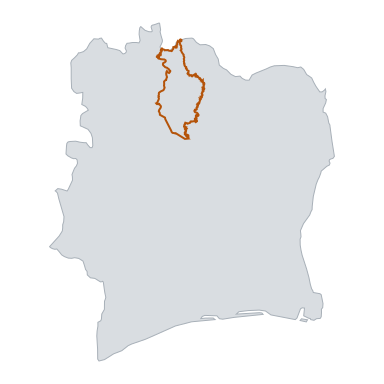 Poro, Savanes, Ivory Coast (highlighted)
{"feature_id": "98640826B2900878653745", "entity_name": "Poro", "entity_type": "district", "adm_level": 2, "iso_a3": "CIV", "parent_name": "Ivory Coast", "parent_adm1": "Savanes", "projection": "robinson", "projection_center": [-5.804, 9.476], "detail": "fine", "context": "in_parent", "style": "outline", "palette": "amber", "viewbox_px": 384, "rotation_deg": 0, "n_neighbors": 0, "source": "geoboundaries", "source_scale": "gbopen_adm2", "svg_char_len": 9002}
<svg xmlns="http://www.w3.org/2000/svg" viewBox="0 0 384 384"><path d="M78.5,52.8L79.9,52.8L83.5,51.6L86.7,48.9L89.8,43.3L93.9,38.8L98.5,39.1L99.9,38.3L101.5,38.1L103.4,41.1L105.4,43.3L106.7,43.4L107.8,47.7L116.2,49.5L119.8,50.6L122.8,53.8L123.9,53.8L125.2,53.2L126.2,52.1L126.4,50.9L125.1,48.1L125.6,45.6L127.0,43.3L129.2,43.1L132.4,42.5L136.2,42.5L139.0,42.9L140.1,40.6L139.1,34.3L139.3,30.8L139.8,27.8L140.8,26.6L145.0,30.3L148.8,31.7L151.5,31.8L152.3,31.1L151.1,27.0L151.5,25.8L152.5,25.1L154.3,24.7L159.1,23.0L159.6,23.4L160.6,29.8L160.1,31.8L161.2,36.2L162.4,40.2L162.3,41.8L161.3,44.3L160.1,46.6L160.2,47.6L162.1,49.1L165.8,50.7L169.7,51.1L171.8,48.8L174.1,46.8L175.6,45.1L176.1,42.6L178.6,40.8L185.5,38.5L192.0,38.1L193.5,38.8L196.4,42.4L200.1,44.8L205.7,44.5L209.7,45.9L213.3,48.6L215.6,54.6L218.2,59.0L219.3,65.1L223.4,68.4L226.6,69.9L230.9,74.3L235.4,76.6L240.0,76.1L242.2,78.4L245.6,80.1L249.1,80.2L252.1,75.0L256.1,73.0L266.3,68.9L270.3,67.0L274.3,65.8L284.1,65.4L293.2,66.7L297.7,67.7L300.8,67.0L303.7,69.4L306.7,74.6L309.2,76.2L311.7,78.0L313.6,82.1L315.8,86.1L317.0,87.9L319.8,91.9L322.1,91.9L324.4,90.2L325.4,88.9L325.9,91.6L325.0,95.8L325.1,98.5L326.4,99.5L325.7,102.9L323.1,108.6L323.1,112.1L325.7,113.1L327.6,116.8L328.8,123.0L329.9,125.0L330.0,126.3L332.0,141.3L334.4,156.4L332.9,158.4L330.8,159.0L329.5,159.7L329.1,161.1L330.0,163.1L329.4,165.0L326.8,166.3L321.2,171.1L320.8,173.0L319.3,177.1L318.0,179.6L316.2,184.2L313.3,196.4L312.2,206.5L312.1,209.6L310.9,211.8L309.7,215.0L303.5,223.6L300.4,230.7L300.8,233.8L301.0,236.9L300.1,239.1L300.2,245.1L301.0,250.1L302.1,255.1L306.6,269.0L308.9,277.4L310.3,284.3L311.6,288.8L312.8,290.7L313.3,292.5L319.9,293.7L321.2,294.7L323.0,303.6L322.7,307.6L321.4,309.2L321.5,312.6L321.2,316.8L320.2,318.4L316.5,318.7L314.0,320.3L310.7,319.6L310.4,318.6L308.6,318.2L303.7,315.8L304.5,308.1L302.2,307.8L300.5,308.8L297.0,318.0L295.3,319.6L270.9,314.9L265.5,311.0L259.2,310.1L248.1,310.6L238.9,311.7L236.3,314.1L259.4,312.7L261.9,313.0L263.1,314.4L233.9,317.4L222.7,319.2L219.4,318.7L216.9,315.8L204.8,315.4L202.3,316.4L200.8,318.6L205.6,318.1L213.1,318.0L215.1,319.6L191.6,321.8L175.3,326.0L168.4,329.1L145.6,339.2L131.7,344.0L128.1,345.7L121.8,350.7L113.7,353.8L104.5,359.6L99.0,361.0L97.7,359.1L97.6,349.2L96.8,336.0L97.1,331.0L97.9,326.2L97.9,322.3L100.7,320.8L101.4,319.2L101.8,314.0L104.4,309.4L104.5,301.2L105.2,299.5L105.8,297.4L104.7,292.0L103.3,282.0L102.6,281.3L102.0,281.7L100.5,281.9L94.8,278.4L90.4,277.8L87.3,274.9L87.1,271.5L85.6,269.5L84.5,265.6L83.0,261.1L78.7,258.4L74.6,257.7L71.7,258.3L68.3,258.1L64.4,256.6L61.7,254.9L59.1,251.6L56.8,249.0L54.9,249.3L52.6,248.7L50.3,247.5L49.6,246.6L59.1,236.1L62.3,231.0L62.7,227.9L62.7,224.8L63.7,221.5L64.0,216.6L58.8,198.7L57.5,193.1L56.1,191.5L55.2,190.9L57.8,188.6L61.5,189.2L67.1,191.0L68.3,189.2L72.5,180.2L72.4,176.8L72.0,174.5L74.5,168.3L76.4,165.9L77.5,163.3L77.1,159.8L75.7,158.5L73.7,158.7L71.4,157.9L67.8,155.8L66.0,154.0L66.5,145.9L66.9,143.3L68.1,141.9L70.1,141.5L75.7,141.2L80.1,142.2L84.1,142.7L86.2,142.7L87.9,145.1L90.1,147.6L92.1,147.6L92.8,145.7L92.4,137.7L91.0,133.4L88.0,129.3L80.3,125.8L80.1,120.9L80.9,115.5L82.5,113.6L88.3,110.2L87.3,108.4L85.5,106.4L81.8,104.5L82.7,98.1L82.8,92.4L79.7,93.0L76.6,93.4L73.9,91.6L71.6,88.2L71.2,78.7L71.2,67.7L70.8,62.9L71.7,60.3L74.4,57.9L77.4,54.8L78.5,52.8ZM307.5,319.8L306.3,321.9L300.1,320.5L301.5,318.8L307.5,319.8Z" fill="#d9dde1" stroke="#a8b0b8" stroke-width="1"/><path d="M156.3,103.4L156.7,103.9L157.0,104.1L157.5,103.8L158.3,104.2L158.7,104.1L158.9,103.9L159.2,103.9L159.6,104.6L160.6,105.7L160.9,106.3L160.9,106.9L160.6,107.8L159.2,109.9L158.8,111.2L159.7,112.9L159.9,114.8L165.0,117.6L165.3,119.2L171.2,130.7L171.5,131.7L172.3,132.7L172.6,132.9L174.3,133.1L175.3,133.5L175.7,133.2L184.9,138.9L188.0,138.6L187.7,138.4L187.6,138.2L187.8,137.9L188.2,137.7L187.6,137.2L188.0,137.1L187.6,136.3L187.8,135.9L188.3,136.2L188.5,136.0L188.2,135.5L188.2,135.2L187.5,134.9L187.2,135.0L186.9,134.7L186.4,135.2L186.3,135.6L186.0,135.7L185.5,134.9L184.9,134.4L185.0,134.2L185.2,133.9L184.8,133.3L184.7,132.8L184.8,132.6L185.6,132.7L185.7,132.2L185.5,131.8L185.9,131.6L185.8,130.9L186.0,130.8L186.0,130.4L186.2,130.1L186.2,129.9L185.6,129.5L185.1,129.5L184.9,129.1L185.6,128.8L186.5,128.8L186.7,128.6L186.1,128.2L185.3,127.9L185.5,127.4L185.9,127.1L185.4,126.9L184.8,126.3L184.5,126.8L184.1,126.8L184.0,126.6L184.0,126.2L184.5,125.3L184.4,124.7L184.7,124.2L185.0,124.1L185.0,123.4L185.2,122.9L185.3,122.7L186.0,122.9L186.2,123.2L186.4,123.3L187.2,123.2L187.6,123.3L187.7,123.6L189.9,122.9L190.2,122.5L190.4,121.7L190.8,121.4L191.3,121.4L191.7,121.6L192.0,121.4L192.4,121.5L193.8,121.2L194.6,121.4L195.2,121.4L195.8,122.1L197.0,121.2L197.0,120.9L196.6,120.6L195.5,120.3L194.9,119.5L194.9,119.1L195.3,119.2L196.1,119.8L196.4,119.9L196.6,118.7L196.4,118.5L195.8,118.3L195.6,118.1L195.8,117.5L195.9,116.5L195.9,116.0L196.2,116.0L196.8,116.7L197.2,116.2L197.2,115.8L196.8,115.3L196.4,115.4L196.4,115.0L196.9,114.8L197.5,114.9L198.4,115.5L198.5,115.3L198.5,114.8L197.6,113.4L196.8,112.7L195.1,112.2L194.6,111.6L194.4,110.9L194.9,110.5L194.9,109.7L195.1,109.6L195.9,109.9L196.8,109.2L196.8,108.8L196.5,107.9L197.6,106.9L197.1,106.2L198.0,105.5L198.0,105.3L197.5,104.7L198.0,104.6L198.1,104.3L197.3,104.0L197.5,103.7L198.0,104.1L198.3,104.2L198.8,103.9L198.9,103.5L199.2,103.3L199.3,103.0L199.2,102.7L199.4,102.5L199.3,102.3L199.1,102.2L199.9,101.0L200.0,100.4L199.8,99.9L200.5,99.5L199.9,98.7L199.8,98.4L200.5,98.6L200.9,98.4L201.0,98.0L201.5,97.6L201.2,97.1L201.9,96.8L201.9,96.7L201.4,96.4L201.8,96.3L201.9,95.9L202.4,95.5L202.5,95.0L202.1,94.8L202.0,94.1L201.7,93.7L202.3,92.9L202.1,92.7L202.5,92.2L202.4,91.3L202.6,91.1L203.2,91.3L203.6,91.0L203.6,90.7L203.4,89.9L203.1,89.8L202.8,89.8L202.7,89.5L203.5,89.0L204.2,89.0L204.3,88.7L204.2,88.4L203.8,88.3L203.0,88.9L202.4,87.6L202.4,87.4L202.6,87.3L203.3,87.7L203.7,87.2L203.8,86.1L203.6,85.6L204.0,85.0L203.6,84.7L204.0,84.3L204.2,84.0L203.8,83.8L203.6,83.5L203.9,82.8L203.4,82.6L203.0,82.8L202.7,82.4L202.9,82.0L203.1,82.1L203.0,81.8L202.9,81.7L202.6,81.8L202.3,81.7L202.4,81.1L202.8,80.6L202.8,80.4L202.0,81.3L201.7,81.3L201.9,80.3L201.6,80.1L201.3,80.4L200.8,80.4L200.9,79.4L200.5,78.9L200.0,78.8L199.9,79.1L199.6,79.0L199.8,78.1L198.8,77.8L198.5,77.2L198.3,77.0L197.4,77.1L197.2,76.6L196.0,76.6L196.2,76.0L196.8,76.0L197.0,75.8L196.6,75.6L196.5,75.8L196.2,75.6L196.3,75.2L196.0,74.4L195.5,74.8L195.1,74.9L194.7,75.3L194.5,75.1L194.1,75.1L193.9,75.5L193.5,75.4L193.7,75.0L192.9,75.5L192.7,75.4L192.3,75.6L191.8,75.4L191.8,75.5L192.1,75.7L192.2,76.2L192.1,76.3L191.7,76.0L191.5,75.5L191.5,75.3L191.8,75.1L191.2,75.2L191.1,75.7L190.7,75.4L190.2,75.3L189.8,75.0L189.4,75.4L189.1,74.4L188.7,74.2L188.5,74.5L188.3,74.5L188.1,74.3L188.2,73.8L188.0,73.7L187.8,73.9L187.5,73.6L187.8,72.9L188.1,72.8L188.4,72.5L188.6,71.6L188.5,71.2L188.5,70.8L187.8,70.6L187.0,70.0L186.8,68.9L186.2,68.8L185.9,68.4L185.9,68.1L186.3,67.4L186.2,67.0L185.3,66.6L184.8,66.0L184.7,65.3L184.5,65.2L184.5,64.8L184.5,63.7L184.3,63.4L184.1,63.4L184.2,62.8L183.8,61.5L184.2,60.5L184.1,60.1L184.1,59.8L183.9,59.5L183.8,58.6L184.2,58.0L184.3,57.5L184.1,56.7L183.8,56.3L183.5,55.8L183.7,54.9L183.4,54.4L182.5,53.4L182.1,52.6L181.8,52.3L181.4,51.1L180.7,50.4L181.5,49.2L181.4,48.4L181.0,47.9L181.2,46.3L181.1,45.8L180.3,45.0L180.3,44.4L180.0,44.0L180.0,43.6L179.5,42.7L179.5,42.4L179.4,42.1L179.6,41.8L180.2,41.7L181.3,41.2L181.5,40.4L181.5,40.0L181.4,39.8L180.5,39.7L180.3,39.5L179.7,39.9L179.6,40.6L179.4,40.9L178.3,41.6L177.9,41.6L177.7,41.3L177.5,41.7L177.1,43.8L177.3,44.6L176.3,45.6L176.8,46.4L176.6,47.5L175.9,47.7L174.9,46.8L174.6,46.8L173.3,47.2L173.5,48.3L173.0,49.2L172.2,50.2L171.9,50.9L171.6,51.1L170.6,50.8L169.3,50.7L168.7,50.5L168.0,50.0L167.4,50.1L165.2,50.1L164.9,50.3L164.5,49.8L163.0,49.3L162.4,48.9L162.1,48.6L161.9,49.0L161.9,49.5L161.3,49.1L161.0,49.4L160.8,50.4L161.6,51.0L161.4,51.4L161.4,51.6L161.3,51.9L160.3,52.5L160.1,53.1L160.0,53.3L160.2,53.6L160.6,53.4L160.8,53.6L160.8,55.0L160.6,55.3L160.4,55.3L160.1,55.1L160.1,54.6L160.0,54.0L159.7,53.8L159.6,54.1L159.0,54.5L158.8,55.0L158.3,55.2L158.4,55.4L158.9,55.1L159.3,55.2L159.1,56.0L159.0,57.1L158.7,57.1L158.1,56.7L157.7,56.0L157.8,55.6L157.7,55.6L157.7,56.3L157.3,56.6L157.0,56.4L156.8,56.7L156.8,56.9L156.9,57.0L157.5,56.9L157.7,57.0L158.2,57.9L158.5,58.2L158.4,58.4L158.8,58.6L159.0,58.5L160.8,59.2L164.4,59.5L165.5,60.2L165.7,60.5L165.7,61.4L164.8,62.3L163.5,62.9L163.2,63.1L162.9,64.2L163.2,65.3L164.1,66.1L164.4,66.3L165.2,67.2L167.1,67.8L167.8,68.5L168.6,68.9L169.5,70.4L170.2,70.7L170.3,71.2L169.8,72.2L169.1,73.0L168.0,72.5L166.9,71.1L166.5,71.8L166.2,73.3L166.3,74.8L167.0,77.1L166.5,78.2L166.1,80.0L165.6,80.0L164.1,81.5L164.1,82.6L164.2,84.1L164.0,85.7L164.3,86.5L164.3,87.1L164.6,87.5L164.3,88.6L163.4,90.2L160.6,91.5L159.0,92.7L158.8,93.5L158.9,94.8L158.5,95.6L158.9,96.6L158.4,97.1L158.8,98.0L158.9,98.8L158.3,100.3L157.8,101.3L157.6,102.1L157.0,102.7L156.7,103.3L156.3,103.4Z" fill="none" stroke="#b45309" stroke-width="2"/></svg>